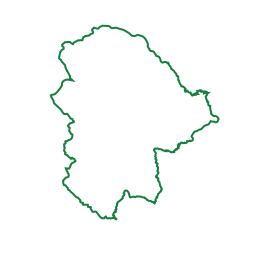 Salazar, Norte de Santander, Colombia, rotated 105°
{"feature_id": "7082276B2065946999861", "entity_name": "Salazar", "entity_type": "district", "adm_level": 2, "iso_a3": "COL", "parent_name": "Colombia", "parent_adm1": "Norte de Santander", "projection": "robinson", "projection_center": [-72.837, 7.784], "detail": "fine", "context": "isolated", "style": "outline", "palette": "green", "viewbox_px": 256, "rotation_deg": 105, "n_neighbors": 0, "source": "geoboundaries", "source_scale": "gbopen_adm2", "svg_char_len": 5748}
<svg xmlns="http://www.w3.org/2000/svg" viewBox="0 0 256 256"><g transform="rotate(105 128 128)"><path d="M210.3,155.2L211.1,155.3L211.6,155.0L212.1,153.9L211.9,152.3L213.4,151.9L213.8,151.4L213.4,150.6L212.6,146.9L214.4,146.3L214.4,145.0L214.0,144.1L214.2,143.3L215.9,143.1L216.7,141.9L218.0,140.8L218.1,140.1L217.2,138.1L217.2,137.0L221.5,131.3L221.7,130.6L221.8,129.0L221.5,127.8L219.3,126.8L219.2,126.5L220.4,125.5L220.6,124.2L219.8,122.8L219.9,121.3L218.9,119.7L218.5,118.5L218.5,117.6L219.3,116.3L219.2,115.8L218.7,115.8L218.4,116.8L217.1,118.6L216.2,118.8L216.3,119.8L215.1,120.0L214.3,119.7L213.3,119.7L212.5,119.0L212.5,118.3L212.2,118.1L211.8,118.8L211.4,118.4L210.4,118.2L210.4,118.8L210.2,119.0L209.0,118.4L207.7,119.1L206.1,118.5L205.7,118.8L204.8,118.6L203.9,119.1L203.2,118.7L202.3,118.7L200.1,116.8L198.6,116.0L198.0,115.3L197.2,114.9L196.8,115.2L195.4,115.2L194.0,114.4L193.2,114.2L192.6,114.5L192.1,115.3L189.5,114.8L188.8,113.4L188.8,112.7L190.1,110.8L194.2,108.3L194.4,107.8L193.7,106.3L192.9,105.2L192.7,102.8L191.8,101.8L190.9,97.9L191.2,96.1L190.8,94.2L191.4,93.7L191.5,92.6L192.2,91.3L192.5,91.2L192.6,89.9L193.0,89.3L192.7,87.5L193.0,86.5L192.8,86.2L193.2,85.4L193.0,84.4L193.6,83.8L193.4,83.4L193.8,82.9L193.1,82.5L192.0,82.9L191.3,82.2L190.3,82.8L188.7,82.7L187.7,81.8L187.0,82.4L185.2,81.7L184.0,81.9L183.0,81.2L181.6,80.6L180.8,79.8L179.7,80.0L178.5,79.4L177.8,79.7L177.3,80.5L176.3,81.0L175.8,81.8L171.9,83.8L171.4,84.9L170.4,85.7L169.4,85.4L168.9,85.7L168.5,86.2L168.5,87.8L167.7,88.4L167.4,88.4L167.1,87.6L165.7,87.7L164.8,87.3L163.1,87.0L162.2,88.4L161.3,88.5L160.6,88.2L159.4,88.6L158.8,88.6L157.9,89.1L157.6,90.0L157.0,90.0L156.2,90.4L155.0,90.1L154.5,90.6L154.5,91.9L154.0,92.4L151.6,92.1L150.8,93.5L149.5,93.3L148.6,94.4L147.4,94.2L146.7,94.5L145.1,94.5L142.8,97.2L141.6,97.2L140.7,96.3L140.9,95.8L140.1,94.3L140.1,93.4L140.5,92.7L140.2,91.9L140.0,90.4L140.6,88.6L140.4,87.6L140.8,86.4L139.9,85.6L140.5,85.0L140.5,84.6L139.6,84.3L139.3,83.7L139.6,83.1L140.3,79.6L139.8,79.1L139.8,78.3L139.3,77.1L139.0,77.0L138.5,77.6L137.2,77.0L136.8,76.2L136.3,76.2L135.9,75.2L135.4,75.5L135.2,75.1L134.3,74.8L134.2,74.0L133.7,74.2L132.4,73.9L132.4,75.0L132.0,75.0L131.7,75.3L131.5,75.0L130.6,74.8L130.6,74.0L130.4,73.8L130.1,73.7L129.8,74.1L129.2,73.1L128.4,72.9L128.1,72.1L128.5,71.0L128.1,70.2L127.6,69.8L127.9,69.4L127.6,68.3L126.9,67.5L126.1,67.4L125.5,67.6L125.2,66.1L124.3,65.2L124.5,64.2L123.5,62.7L122.9,62.3L120.9,62.8L120.3,63.9L119.5,64.5L116.3,63.6L114.3,62.8L113.8,62.2L113.5,61.1L111.3,58.9L110.1,57.0L106.3,54.8L104.7,52.9L103.7,51.1L99.9,49.8L100.0,48.1L99.6,46.5L99.9,45.1L99.3,43.7L98.4,43.2L95.9,42.8L94.6,44.0L94.0,45.1L93.8,46.5L94.2,48.0L94.1,48.7L93.8,49.8L92.8,50.9L92.7,51.5L91.5,51.6L88.2,53.6L86.4,54.0L85.8,54.8L85.3,54.6L85.2,56.2L83.4,57.0L82.4,57.1L82.1,58.4L81.2,58.3L80.0,59.8L78.9,60.2L77.8,61.1L77.1,61.0L76.1,60.4L75.0,60.7L73.4,59.6L73.8,60.9L72.9,61.2L72.8,62.8L74.0,62.4L74.9,63.6L74.3,63.8L74.0,64.1L73.2,64.6L73.2,65.2L74.0,66.3L74.0,67.0L73.7,67.2L72.8,67.1L72.8,68.2L73.6,68.5L73.8,69.7L74.4,70.8L75.0,70.1L75.9,69.9L76.4,70.7L77.1,69.5L77.3,70.3L78.1,70.8L77.7,71.4L77.7,71.8L78.4,72.0L77.8,72.7L78.3,73.2L78.6,72.5L78.8,72.5L79.5,73.6L79.4,74.3L79.9,74.5L79.0,75.9L77.6,76.6L77.5,77.1L77.9,77.7L77.8,79.0L76.6,80.2L76.8,80.8L77.9,81.4L78.1,82.0L77.3,82.8L76.1,83.0L75.5,82.5L75.2,82.7L74.3,84.1L73.8,85.4L73.9,87.3L73.2,87.5L72.5,88.5L70.7,90.3L69.1,90.9L68.6,91.9L65.6,92.7L64.9,93.5L65.0,94.4L63.1,95.5L62.1,97.3L60.9,98.3L60.6,99.5L59.7,101.0L59.5,101.8L57.6,102.9L56.8,104.4L56.1,105.0L55.3,105.3L55.3,106.2L54.6,106.3L54.8,107.1L54.5,108.6L54.8,109.8L55.9,111.4L55.6,112.8L54.6,114.0L52.9,114.7L51.2,116.6L50.9,119.6L49.8,120.2L49.2,121.4L48.4,121.8L47.6,123.0L47.5,124.7L47.7,125.9L47.4,126.8L46.7,127.7L45.9,127.9L45.3,129.1L44.0,130.1L41.8,130.5L40.2,131.6L37.7,134.0L36.3,136.0L35.6,138.2L35.5,142.2L36.0,143.4L37.5,145.2L37.8,147.9L37.3,149.2L36.1,151.5L34.5,157.2L34.2,165.7L35.4,168.1L35.7,169.5L35.4,170.6L34.7,172.0L34.5,173.0L35.8,179.0L37.6,181.3L39.8,182.7L40.0,183.2L39.9,186.8L40.2,187.0L40.8,187.1L41.3,187.9L41.8,188.0L43.1,187.9L44.4,186.5L45.7,186.6L46.9,188.4L48.5,189.2L49.9,191.9L50.2,193.1L51.1,193.5L51.9,194.7L55.0,194.8L56.3,199.0L59.5,202.4L61.3,202.9L61.3,203.3L60.0,206.3L60.0,206.9L61.6,211.2L64.7,213.2L65.6,212.9L66.7,211.1L67.7,210.7L68.4,210.7L69.6,212.0L71.9,213.1L78.2,212.8L79.0,212.0L79.4,210.6L81.1,209.1L83.6,205.0L85.6,204.1L87.6,202.6L92.9,197.4L95.0,196.8L95.8,194.8L96.4,193.8L96.8,198.9L97.4,200.2L98.6,201.9L99.8,202.8L101.0,203.2L101.8,203.3L103.9,202.9L105.8,203.3L111.8,205.8L113.9,207.2L114.6,208.0L115.9,210.5L116.6,210.9L118.3,209.7L121.0,207.0L122.7,206.2L123.4,205.5L127.5,197.7L130.2,194.7L130.9,193.5L131.0,192.5L130.2,190.9L130.3,189.8L133.7,185.9L133.9,183.8L135.0,183.3L135.6,182.1L136.1,181.8L138.0,184.0L138.4,185.2L140.9,186.5L141.9,186.3L143.1,184.2L144.4,184.3L146.3,183.9L147.2,182.5L148.5,181.4L148.6,180.1L149.0,179.8L152.0,179.6L153.6,180.3L154.1,180.7L154.9,182.1L156.4,183.3L156.8,184.6L157.3,184.6L157.4,184.9L158.0,184.5L158.9,184.5L160.0,185.4L160.4,185.5L161.9,184.7L162.6,184.8L163.4,184.0L165.9,184.0L167.0,183.4L168.0,182.0L168.8,182.2L169.4,182.1L169.9,180.8L169.9,179.8L171.4,177.5L171.5,176.8L172.5,175.1L172.3,174.7L171.3,174.5L171.2,174.2L171.8,173.0L171.8,171.9L172.8,171.0L173.1,170.4L173.7,170.2L174.1,170.4L176.6,173.1L177.8,173.6L182.5,174.3L183.0,177.6L184.8,176.4L186.1,175.0L186.9,174.7L187.8,173.5L189.2,172.9L190.7,173.0L192.1,175.2L195.6,177.1L196.0,176.8L197.8,176.4L199.7,175.1L199.5,173.6L200.8,172.0L201.1,171.0L203.0,169.9L203.5,168.0L204.4,166.9L205.4,164.7L208.2,160.1L208.2,158.3L208.9,157.4L209.9,155.5L210.3,155.2Z" fill="none" stroke="#15803d" stroke-width="2"/></g></svg>